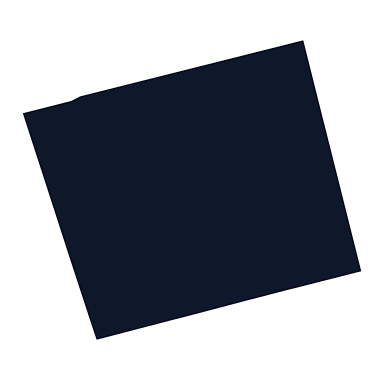 Jasper, Mississippi, United States of America (Albers equal-area conic projection), rotated 76°
{"feature_id": "52423323B84021637502917", "entity_name": "Jasper", "entity_type": "district", "adm_level": 2, "iso_a3": "USA", "parent_name": "United States of America", "parent_adm1": "Mississippi", "projection": "albers", "projection_center": [-89.085, 32.013], "detail": "fine", "context": "isolated", "style": "filled", "palette": "ink", "viewbox_px": 384, "rotation_deg": 76, "n_neighbors": 0, "source": "geoboundaries", "source_scale": "gbopen_adm2", "svg_char_len": 378}
<svg xmlns="http://www.w3.org/2000/svg" viewBox="0 0 384 384"><g transform="rotate(76 192 192)"><path d="M311.5,319.6L310.7,245.9L310.6,226.5L309.8,167.3L309.4,126.8L309.1,47.7L191.1,47.9L151.7,48.0L72.5,48.1L72.9,277.1L75.2,286.9L75.4,336.3L105.6,334.2L144.2,331.5L211.3,326.9L213.3,326.8L292.4,321.1L311.5,319.6Z" fill="#0f172a" stroke="#020617" stroke-width="1.5"/></g></svg>